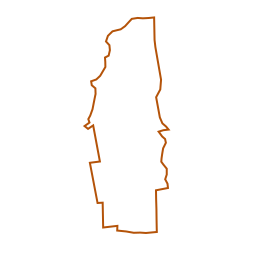 Santa Clara do Sul, Rio Grande do Sul, Brazil, rotated 81°
{"feature_id": "56859067B9129320229569", "entity_name": "Santa Clara do Sul", "entity_type": "district", "adm_level": 2, "iso_a3": "BRA", "parent_name": "Brazil", "parent_adm1": "Rio Grande do Sul", "projection": "albers", "projection_center": [-52.138, -29.454], "detail": "fine", "context": "isolated", "style": "outline", "palette": "amber", "viewbox_px": 256, "rotation_deg": 81, "n_neighbors": 0, "source": "geoboundaries", "source_scale": "gbopen_adm2", "svg_char_len": 1009}
<svg xmlns="http://www.w3.org/2000/svg" viewBox="0 0 256 256"><g transform="rotate(81 128 128)"><path d="M229.9,146.0L232.4,138.7L233.2,132.4L234.5,126.7L235.2,115.8L231.4,115.3L222.8,114.1L212.5,112.6L203.1,111.4L193.9,110.1L193.5,97.9L189.2,97.7L184.5,99.3L180.0,97.0L174.3,96.1L169.6,98.8L166.5,100.4L163.2,99.6L159.0,98.3L153.6,96.5L148.5,92.9L144.7,93.1L141.7,95.6L136.4,98.3L135.7,93.4L135.9,88.2L132.6,90.1L128.8,93.3L122.5,94.9L113.7,95.1L102.0,95.4L95.0,90.1L85.5,87.8L52.4,88.3L45.2,88.0L22.9,84.9L22.6,90.3L22.0,96.1L20.8,101.3L20.8,107.2L23.8,111.0L27.0,115.0L29.4,119.8L29.7,123.8L30.1,128.2L33.8,133.4L39.1,136.2L43.3,133.4L48.3,133.7L53.5,135.8L54.8,139.7L59.2,140.1L64.2,140.8L72.1,147.3L75.1,151.7L76.1,157.1L80.1,157.1L83.7,154.0L89.3,154.7L93.5,156.3L103.9,160.1L109.9,163.4L113.0,165.8L116.6,165.2L119.3,170.6L122.6,167.6L120.0,162.0L156.7,161.0L156.4,171.1L197.3,169.8L197.8,164.7L222.4,168.1L223.0,153.8L227.6,154.7L229.9,146.0Z" fill="none" stroke="#b45309" stroke-width="2"/></g></svg>